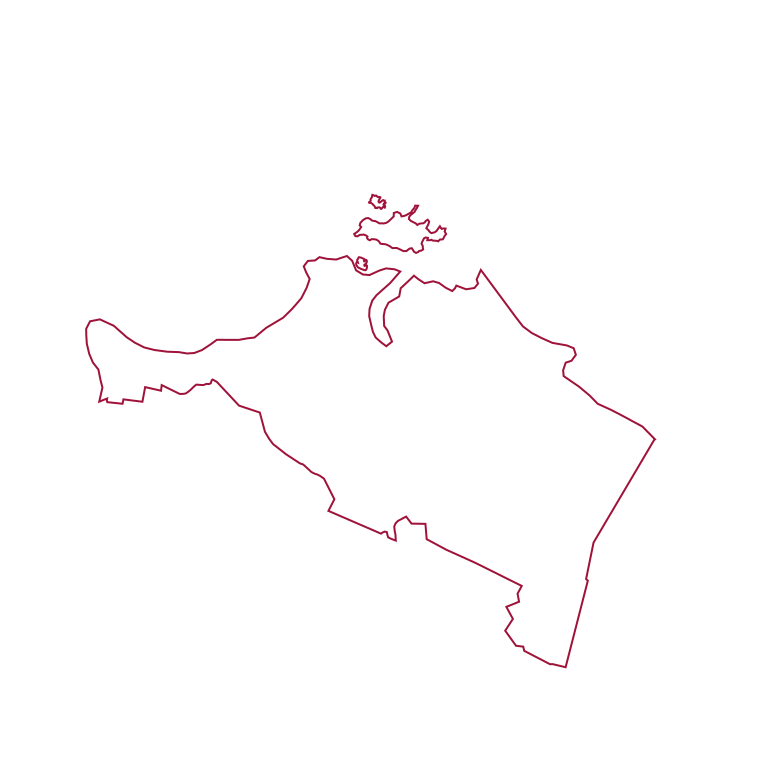 Manjung, Perak, Malaysia, rotated 117°
{"feature_id": "92858781B15023786189250", "entity_name": "Manjung", "entity_type": "district", "adm_level": 2, "iso_a3": "MYS", "parent_name": "Malaysia", "parent_adm1": "Perak", "projection": "orthographic", "projection_center": [100.622, 4.278], "detail": "fine", "context": "isolated", "style": "outline", "palette": "rose", "viewbox_px": 768, "rotation_deg": 117, "n_neighbors": 0, "source": "geoboundaries", "source_scale": "gbopen_adm2", "svg_char_len": 5604}
<svg xmlns="http://www.w3.org/2000/svg" viewBox="0 0 768 768"><g transform="rotate(117 384 384)"><path d="M430.4,125.3L311.1,117.9L310.3,117.4L304.6,134.4L304.0,160.7L304.0,170.5L304.6,184.6L300.9,195.6L297.8,209.1L295.4,227.5L290.5,230.6L282.5,231.8L278.2,227.5L270.9,226.3L266.0,231.2L266.6,238.5L270.9,252.6L271.5,264.3L271.5,275.3L269.6,286.4L264.1,298.0L254.3,317.6L238.4,349.5L248.8,348.9L251.9,345.8L257.4,347.0L262.3,353.8L263.5,364.2L266.6,364.2L270.2,365.4L270.2,372.8L269.0,380.8L270.2,386.9L275.8,393.6L275.1,400.4L273.9,406.5L281.3,409.0L291.1,412.6L299.1,410.2L309.5,416.9L317.4,416.9L323.6,415.1L332.2,410.2L334.6,405.3L342.6,396.1L349.3,399.1L348.1,405.9L346.3,412.6L342.6,417.5L337.7,421.8L330.3,428.0L323.6,431.0L315.0,432.3L308.3,431.0L291.1,424.3L276.4,420.6L277.0,426.7L280.1,434.7L285.0,439.6L293.5,446.4L296.0,452.5L295.4,460.5L288.6,468.4L286.8,475.2L294.8,483.1L298.4,491.7L300.3,499.1L305.2,501.5L308.9,507.7L315.6,508.9L319.9,504.0L324.2,497.9L333.4,496.6L345.0,496.6L353.0,498.5L359.8,500.3L370.8,504.0L387.3,514.4L401.4,520.5L405.1,526.1L410.6,533.4L413.7,539.5L420.5,553.0L427.8,556.7L436.4,561.6L442.5,567.1L446.2,573.3L448.7,581.2L453.6,591.7L457.9,603.9L460.3,614.3L460.3,624.8L459.1,634.6L454.8,651.1L455.4,666.5L461.6,674.4L466.5,674.4L470.1,674.4L475.7,671.4L483.0,667.1L491.0,660.3L497.1,653.0L500.8,645.0L509.4,638.2L514.9,633.3L529.0,629.7L522.6,624.1L524.3,623.6L525.8,622.3L520.3,608.0L516.0,609.2L509.5,591.2L495.2,595.4L491.2,579.6L485.9,581.6L485.6,561.5L483.9,558.3L482.4,556.3L479.9,555.0L477.1,553.7L472.6,552.2L469.8,551.0L468.6,548.2L467.0,544.5L464.5,542.2L463.5,539.9L462.0,538.7L458.8,539.2L457.8,538.7L458.0,533.9L469.1,503.3L465.8,481.7L480.6,468.4L484.9,461.6L487.9,455.6L491.1,439.2L492.9,422.9L492.4,419.4L495.4,408.6L495.4,405.1L494.9,402.1L494.9,399.3L495.6,394.5L509.2,375.9L522.3,375.9L518.7,318.7L517.0,317.9L515.2,316.4L514.7,314.2L517.2,312.2L518.7,310.7L518.7,307.6L518.2,302.4L512.7,305.6L510.2,307.7L506.2,310.2L502.7,310.4L499.6,309.4L492.1,304.1L495.9,296.1L489.8,283.6L502.9,275.5L503.4,253.2L501.9,221.5L501.6,189.7L501.4,169.6L510.2,169.8L516.7,164.8L527.0,173.8L534.8,162.5L548.8,164.0L557.3,147.5L554.8,140.7L558.1,137.9L558.3,108.8L557.1,106.8L553.9,93.6L466.7,113.1L466.0,115.4L430.5,125.2L430.4,125.3ZM222.2,396.7L220.6,399.2L217.6,399.7L218.6,402.0L219.6,403.0L219.1,404.3L218.1,405.8L220.9,406.3L223.7,406.6L225.7,407.6L228.0,410.2L228.0,411.2L227.5,413.0L226.7,414.2L226.2,416.3L226.0,417.0L222.9,417.0L221.4,417.0L218.8,417.5L217.8,419.6L219.9,420.9L221.6,421.1L222.9,421.9L223.7,423.2L225.2,425.4L227.2,426.5L226.5,428.5L226.5,430.8L226.5,434.1L225.7,436.6L223.7,437.4L221.9,437.2L216.8,434.9L214.8,434.9L212.5,434.6L209.7,434.6L210.9,437.2L213.2,436.9L216.8,437.7L218.6,437.7L222.1,440.0L223.7,441.0L225.5,442.8L226.7,444.5L224.7,446.8L224.7,448.9L224.7,450.4L227.2,452.9L230.3,451.4L234.1,452.7L236.9,453.7L239.2,455.0L241.0,457.0L241.8,458.8L243.0,461.1L242.8,463.4L242.8,465.7L243.5,467.5L243.8,469.5L243.3,470.5L243.3,473.3L244.6,475.4L247.4,477.1L251.2,478.2L253.7,477.7L254.5,475.6L258.3,476.1L260.6,476.9L263.9,478.7L265.2,476.6L264.4,474.6L262.1,473.3L261.1,471.5L260.1,470.0L259.8,468.0L260.1,465.7L261.6,465.4L262.4,463.9L262.4,461.9L260.6,460.8L259.6,458.8L258.8,456.3L259.1,453.5L260.6,450.9L259.8,448.6L258.8,446.1L258.6,444.0L258.6,441.5L259.1,438.2L257.8,435.9L257.0,434.4L256.8,430.5L256.8,427.0L255.3,424.4L253.2,423.4L251.7,422.6L250.4,420.9L251.4,419.1L252.5,417.3L252.7,415.0L250.9,413.5L249.4,413.0L248.1,411.2L246.3,410.2L245.1,411.2L243.3,412.2L242.5,413.5L242.0,414.2L240.0,414.5L238.2,414.5L236.2,414.5L234.6,413.5L233.9,411.2L236.2,410.7L234.9,408.1L233.9,407.1L234.1,405.8L233.1,403.5L232.3,401.5L232.3,400.5L229.8,399.7L229.0,398.2L228.3,397.2L224.7,397.2L222.2,396.7ZM229.1,465.8L228.5,465.6L227.7,465.5L227.0,465.4L226.4,464.9L226.5,464.3L226.5,463.4L225.4,463.5L225.0,463.8L224.7,464.3L224.7,464.7L224.7,465.4L224.5,465.8L223.4,466.0L223.0,465.8L222.9,465.1L222.5,464.8L222.0,464.9L221.6,464.9L221.5,465.2L221.5,466.0L221.3,466.3L220.7,466.4L220.3,466.6L220.6,467.1L220.5,468.0L220.5,468.3L221.0,468.6L221.7,468.9L222.1,469.2L222.9,469.5L223.7,469.8L224.3,470.2L224.5,470.8L224.2,471.5L223.7,471.8L223.1,471.9L222.5,472.0L221.7,472.0L220.3,471.9L219.8,471.8L219.3,472.0L219.3,472.4L219.4,472.9L219.7,473.3L220.0,473.8L220.1,474.7L220.1,475.4L219.8,475.8L219.6,476.3L219.7,476.8L220.2,477.2L220.7,477.7L220.7,478.4L220.6,479.0L220.5,479.6L220.7,480.2L221.2,480.0L221.9,480.0L222.5,479.7L223.3,479.6L223.9,479.6L224.5,479.8L225.1,479.9L225.6,479.8L226.0,479.5L226.3,479.2L226.9,479.1L227.5,479.1L227.8,479.4L228.0,479.6L228.7,479.8L229.2,479.7L229.1,478.8L228.5,478.0L228.7,477.2L228.7,476.6L228.7,476.0L229.0,475.6L229.3,475.0L229.4,474.3L229.7,473.6L229.9,473.0L230.3,472.5L231.1,471.8L230.4,470.0L229.8,470.1L229.6,469.8L229.3,469.4L229.1,469.0L228.8,468.5L228.7,467.8L228.7,467.4L228.9,466.9L229.3,466.7L229.3,466.3L229.1,465.8ZM291.6,454.8L291.5,453.6L291.2,452.4L290.4,451.8L288.6,451.9L287.9,452.1L287.2,452.5L286.3,452.9L286.2,453.3L286.5,453.9L286.8,454.2L287.6,454.9L286.9,455.6L286.1,455.3L285.7,455.1L284.8,454.7L284.2,454.7L283.1,454.7L281.9,455.3L281.6,455.9L281.6,456.6L282.0,457.0L282.7,457.1L283.5,457.0L283.7,457.4L283.2,457.9L282.4,458.0L281.8,458.2L281.6,458.7L281.7,459.5L281.7,460.2L281.8,461.8L282.4,463.9L282.8,464.1L283.6,464.0L284.5,464.0L285.3,464.2L286.1,464.0L286.8,463.6L287.0,463.0L287.6,462.4L287.6,462.9L287.6,463.6L288.3,463.6L289.1,463.5L289.8,463.3L290.7,462.4L291.9,460.2L291.9,457.1L291.6,454.8Z" fill="none" stroke="#9f1239" stroke-width="2"/></g></svg>